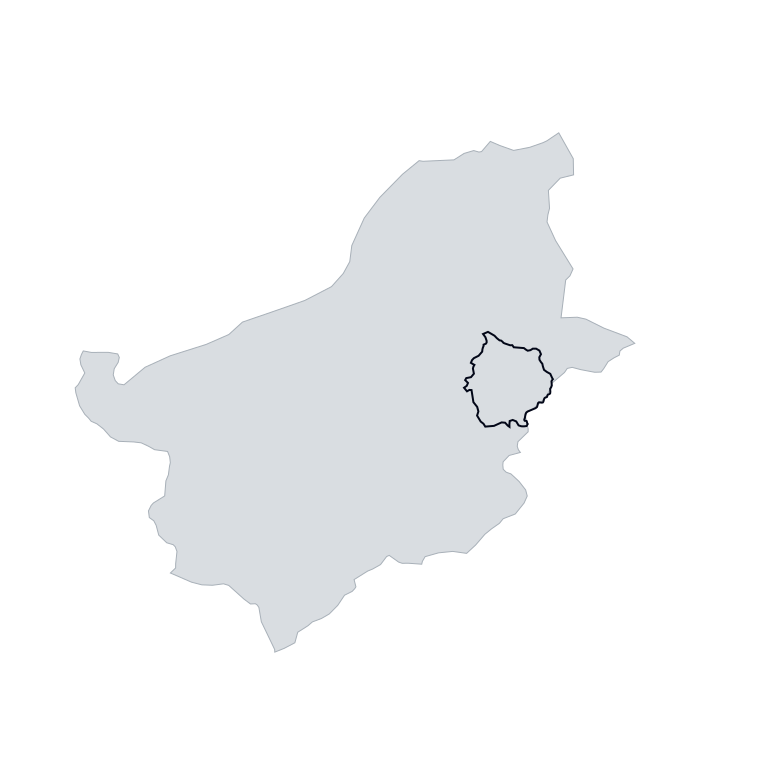 where Yambol sits in Bulgaria, rotated 328°
{"feature_id": "BGR-2255", "entity_name": "Yambol", "entity_type": "Province", "adm_level": 1, "iso_a3": "BGR", "parent_name": "Bulgaria", "parent_adm1": "", "projection": "orthographic", "projection_center": [26.657, 42.284], "detail": "fine", "context": "in_parent", "style": "outline", "palette": "ink", "viewbox_px": 768, "rotation_deg": 328, "n_neighbors": 0, "source": "natural_earth", "source_scale": "10m", "svg_char_len": 3804}
<svg xmlns="http://www.w3.org/2000/svg" viewBox="0 0 768 768"><g transform="rotate(328 384 384)"><path d="M618.2,482.4L605.8,480.4L601.5,481.1L598.8,484.2L593.0,483.7L585.9,483.8L578.5,487.4L574.4,488.9L568.9,485.7L558.6,476.2L552.4,469.6L547.7,467.9L543.1,469.9L526.5,472.3L522.6,476.2L515.0,480.5L507.3,482.6L496.2,484.1L490.4,483.9L487.1,486.0L484.4,492.2L482.5,498.4L480.9,500.9L467.0,503.9L464.0,507.4L463.1,510.9L463.4,514.3L452.3,510.9L443.8,513.1L441.8,515.7L439.9,519.5L440.9,523.6L444.0,527.5L446.9,538.2L448.0,548.9L446.1,554.9L439.7,559.2L426.5,563.8L413.7,561.4L408.1,563.3L398.6,563.8L389.9,564.9L376.4,569.1L364.3,571.4L353.6,562.4L340.8,556.1L327.4,552.2L322.6,554.7L320.5,556.8L309.4,548.7L304.4,545.7L302.0,542.7L297.6,532.1L294.8,531.7L285.4,535.3L276.4,534.9L271.0,534.0L255.0,534.0L252.7,541.1L250.6,542.1L247.1,543.0L238.6,542.2L227.5,547.2L215.7,550.0L206.6,549.7L197.2,547.8L191.5,548.7L179.3,548.8L171.3,556.2L159.3,555.3L149.3,553.5L150.6,551.2L154.0,520.6L159.5,507.2L159.4,504.3L158.5,502.2L154.2,499.8L151.3,492.3L145.6,472.5L142.0,468.4L131.9,463.8L123.1,457.8L115.7,450.0L102.7,431.1L109.8,429.6L112.1,426.0L119.7,416.3L120.7,411.4L120.1,408.6L115.6,403.5L112.9,392.8L115.9,383.1L116.3,378.0L114.2,372.9L117.0,366.8L122.2,363.6L125.4,362.7L138.7,362.7L147.7,350.6L153.0,346.8L158.6,340.0L161.1,337.5L163.7,332.1L164.7,326.5L154.6,318.1L151.3,312.0L146.9,305.2L140.9,300.4L128.6,292.0L124.0,283.9L122.3,273.6L119.4,265.6L115.9,260.4L115.4,256.3L114.2,251.1L114.3,241.2L118.0,228.2L120.1,223.6L124.4,222.5L136.1,216.1L137.1,207.1L139.4,201.6L143.1,198.6L146.5,196.6L152.5,202.1L167.0,211.1L174.1,217.4L173.6,221.2L170.0,224.8L163.3,228.1L159.2,232.8L157.9,238.7L158.7,243.0L163.1,246.9L190.3,243.2L217.6,246.8L254.2,256.2L278.6,259.8L296.8,256.5L330.1,264.2L361.2,271.2L391.1,273.6L408.0,268.7L419.8,262.1L430.1,249.5L455.2,232.8L479.4,223.5L511.0,215.9L532.1,213.2L535.1,215.8L562.1,231.0L574.1,230.9L583.8,233.6L587.4,237.6L589.9,238.6L602.7,234.6L608.5,243.0L617.7,254.6L633.0,260.5L646.7,263.6L651.0,264.1L665.3,263.6L663.9,293.2L655.6,307.1L642.5,302.8L626.0,306.9L617.5,322.7L612.6,327.4L608.1,333.0L605.5,353.3L605.3,386.6L599.0,390.8L593.2,392.1L569.2,421.7L583.3,429.8L589.6,436.0L600.2,453.3L615.1,472.8L618.2,482.4Z" fill="#d9dde1" stroke="#a8b0b8" stroke-width="1"/><path d="M529.8,469.3L529.7,469.3L527.5,470.4L525.5,474.2L523.8,475.5L522.5,476.0L521.7,477.3L520.9,478.8L519.9,480.0L519.1,480.2L517.4,479.9L516.5,480.3L515.5,481.3L514.7,481.3L513.8,481.0L512.8,481.0L511.8,481.6L510.7,482.6L509.8,483.4L509.0,483.8L508.0,483.5L506.3,482.0L505.5,481.6L504.4,481.9L502.4,483.9L501.5,484.6L499.7,484.8L491.1,483.4L489.5,483.6L488.0,484.6L485.4,487.5L484.7,488.0L484.1,488.5L483.8,489.3L483.9,489.8L485.0,490.5L485.3,490.9L485.2,491.6L484.8,492.7L484.7,493.4L484.7,494.1L482.6,495.2L480.3,494.1L478.0,492.6L476.2,490.4L476.3,485.8L474.1,482.7L471.0,482.0L469.0,484.6L467.7,486.8L466.9,484.9L466.2,481.0L463.4,478.9L455.1,477.8L447.3,473.8L447.3,470.4L446.1,467.1L446.2,460.1L449.5,457.3L450.9,452.8L450.2,446.8L455.0,435.5L453.3,434.3L450.5,434.2L449.9,429.6L453.2,429.4L455.8,427.6L454.9,423.7L456.9,422.6L461.4,424.3L465.7,422.9L467.6,418.0L469.1,416.6L470.8,415.7L469.9,414.1L468.9,412.1L471.3,410.4L473.9,409.7L479.2,410.2L484.4,408.6L485.8,406.8L487.2,405.5L488.5,404.6L489.3,403.4L491.8,403.8L493.0,403.2L493.9,401.8L494.8,398.1L494.5,394.1L499.8,394.9L503.3,401.6L504.0,405.0L505.1,408.2L506.3,409.2L506.9,410.9L507.1,412.4L507.9,413.6L511.5,418.0L513.4,419.1L513.5,421.6L521.7,427.7L522.5,429.9L523.5,431.9L526.1,432.9L529.0,432.9L531.7,434.6L533.5,438.0L532.9,441.9L529.9,443.6L528.7,445.8L528.7,448.6L529.0,450.7L528.1,453.2L527.2,456.8L528.5,460.1L530.4,463.5L529.8,468.0L529.8,469.3L529.8,469.3Z" fill="none" stroke="#020617" stroke-width="2"/></g></svg>